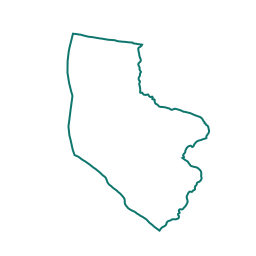 the district of Al Masilah, Al Mahrah, Yemen, rotated 203°
{"feature_id": "15242507B86858383588753", "entity_name": "Al Masilah", "entity_type": "district", "adm_level": 2, "iso_a3": "YEM", "parent_name": "Yemen", "parent_adm1": "Al Mahrah", "projection": "mercator", "projection_center": [50.513, 15.552], "detail": "fine", "context": "isolated", "style": "outline", "palette": "teal", "viewbox_px": 256, "rotation_deg": 203, "n_neighbors": 0, "source": "geoboundaries", "source_scale": "gbopen_adm2", "svg_char_len": 5676}
<svg xmlns="http://www.w3.org/2000/svg" viewBox="0 0 256 256"><g transform="rotate(203 128 128)"><path d="M51.9,149.4L52.3,150.2L52.6,151.0L52.6,151.9L52.3,152.8L51.9,154.4L51.9,155.3L52.0,156.3L52.3,157.0L52.8,157.8L53.8,159.3L54.3,160.0L54.9,160.6L55.5,161.1L56.3,161.3L57.2,161.4L57.8,161.9L58.5,162.4L59.3,162.3L59.7,163.1L60.5,163.5L61.2,163.9L61.9,164.4L62.6,165.0L63.3,165.5L64.1,165.8L64.9,166.1L65.8,166.2L66.6,166.3L67.4,166.1L68.3,166.1L71.7,165.9L72.6,165.9L73.5,166.0L76.0,166.0L76.9,166.0L77.8,165.8L79.5,165.5L80.3,165.4L81.1,165.2L82.0,165.1L82.8,164.8L83.7,164.7L85.3,164.8L87.1,164.8L88.0,164.7L89.8,164.5L90.6,164.4L91.5,164.2L92.4,164.0L93.1,163.5L94.3,162.2L95.1,161.8L96.0,161.7L96.8,162.0L97.6,162.1L98.5,162.0L99.3,161.8L100.2,161.7L101.1,161.7L101.9,161.5L103.6,161.1L105.2,160.6L106.1,160.2L106.9,160.0L107.7,160.0L110.1,161.0L111.0,161.1L111.9,161.1L112.7,161.5L113.2,162.1L113.7,162.7L114.2,163.6L114.5,164.4L115.3,164.6L116.1,164.1L117.0,164.2L117.1,165.0L117.2,165.9L118.0,166.3L118.7,165.8L119.4,165.3L120.4,165.3L121.1,165.6L121.9,166.2L122.5,166.7L123.3,166.3L124.0,165.7L124.8,165.3L125.6,165.1L126.5,164.9L127.4,165.2L128.0,165.6L128.8,166.0L129.5,165.6L130.3,165.3L131.0,165.8L131.1,166.7L131.5,167.5L132.6,169.8L133.1,170.5L133.7,171.2L134.2,171.9L134.7,172.6L135.0,173.4L135.1,174.2L135.0,175.0L135.5,175.9L136.3,176.1L137.0,176.7L137.4,177.4L137.7,178.3L137.7,179.2L137.6,180.1L137.5,180.9L138.1,182.6L138.2,183.4L137.9,184.2L138.2,185.0L139.0,185.4L139.7,185.9L140.4,186.6L140.6,187.5L141.0,188.2L142.3,189.4L142.9,190.0L143.5,190.7L143.5,191.6L143.3,192.4L142.9,193.1L142.5,194.0L142.6,194.9L142.8,195.7L143.4,196.4L144.6,197.6L145.7,198.9L146.2,199.7L146.6,200.5L147.1,201.1L148.6,203.3L149.1,204.0L149.5,204.9L149.4,205.0L149.5,205.2L149.6,205.8L149.2,206.7L148.7,207.2L148.2,208.0L147.8,208.8L147.6,209.7L147.6,210.2L152.0,209.0L153.6,208.7L154.9,208.3L155.5,208.2L155.9,208.1L156.3,208.0L156.8,208.2L157.1,208.4L157.4,208.2L157.6,208.2L158.1,208.1L161.0,207.1L164.5,206.1L167.6,205.0L168.4,204.8L169.1,204.6L170.9,204.0L172.5,203.7L173.1,203.8L174.6,203.6L174.8,203.5L175.5,203.3L176.3,203.0L177.3,202.7L179.2,202.0L179.9,201.8L180.5,201.5L181.1,201.5L183.4,200.8L184.4,200.7L185.6,200.3L186.5,200.2L188.4,199.6L197.2,197.5L198.7,196.9L199.3,196.8L200.3,196.6L200.6,196.5L201.8,196.3L202.3,196.2L203.4,196.0L204.6,195.9L205.8,195.6L206.8,195.6L208.5,195.3L209.6,194.9L210.1,194.7L210.4,194.7L210.5,194.7L210.8,194.6L211.1,194.6L211.6,194.4L212.0,194.4L213.4,193.9L214.9,193.5L215.5,193.3L213.2,178.8L212.4,175.1L209.7,165.9L205.3,155.2L199.7,146.3L194.4,139.2L192.1,136.5L191.5,135.3L188.4,123.9L185.4,113.3L183.4,106.1L179.1,98.4L175.7,93.9L170.4,86.4L166.6,82.2L165.6,82.2L165.0,82.2L162.9,82.2L162.3,82.1L161.8,82.0L161.3,81.9L160.2,81.6L158.3,81.1L157.8,81.1L156.5,80.8L154.2,80.5L153.7,80.4L153.1,80.3L152.0,80.0L150.9,79.8L150.2,79.7L149.8,79.5L149.1,79.4L148.0,79.1L147.4,78.9L146.9,78.8L145.9,78.5L145.2,78.3L144.6,78.1L144.1,78.1L143.6,77.9L143.1,77.9L142.1,77.6L141.5,77.5L141.0,77.4L140.6,77.2L139.3,76.9L138.8,76.7L137.6,76.4L136.1,75.9L135.0,75.5L134.5,75.3L133.6,74.9L132.0,74.4L131.5,74.3L130.2,74.0L129.7,73.8L129.1,73.5L128.7,73.1L128.3,72.8L127.5,72.0L127.1,71.6L126.8,71.2L126.1,70.4L125.3,69.7L124.3,69.1L123.8,68.8L122.9,68.4L120.6,67.9L120.0,67.7L119.6,67.4L119.0,67.3L117.9,66.9L117.3,66.8L116.6,66.6L115.5,66.4L114.2,66.1L113.2,65.7L111.5,65.1L110.4,64.8L109.4,64.5L108.8,64.3L107.9,63.8L107.4,63.6L106.7,63.3L106.2,63.0L105.0,62.3L104.4,62.0L103.9,61.6L103.4,61.1L103.0,60.6L102.4,59.4L102.0,58.4L101.8,58.0L101.5,57.5L101.1,57.0L100.7,56.6L99.8,56.0L98.9,55.4L98.3,55.2L97.4,54.7L96.9,54.4L95.6,54.0L94.2,53.8L93.4,53.7L92.9,53.6L91.7,53.6L89.3,53.5L87.7,53.2L86.5,52.8L85.9,52.7L85.5,52.6L84.2,52.5L83.7,52.4L81.9,52.0L81.2,52.0L80.7,52.0L80.2,51.9L79.1,51.8L77.9,51.5L76.6,51.3L76.0,51.2L75.0,50.9L74.5,50.7L72.8,49.9L72.2,49.6L71.7,49.4L71.0,49.1L68.5,48.5L68.0,48.3L67.5,48.2L67.0,48.0L66.4,47.8L65.5,47.4L64.9,47.3L64.3,47.1L63.7,47.0L63.2,46.9L61.6,46.5L61.1,46.4L60.0,46.1L59.5,45.9L59.0,45.8L58.9,45.8L58.8,46.1L58.7,47.0L58.5,47.9L57.9,49.6L57.4,50.3L56.2,51.8L55.7,52.5L55.3,53.2L55.2,54.1L55.2,54.9L55.4,56.0L55.3,56.8L54.8,57.7L54.1,58.4L53.5,59.0L52.8,59.5L52.3,60.2L51.8,61.0L51.1,61.5L49.4,62.2L48.6,62.5L47.8,63.0L47.2,63.6L46.6,64.2L46.2,64.9L46.3,65.8L46.6,66.6L47.2,67.2L48.0,67.6L48.3,68.5L47.8,69.3L47.3,70.1L47.9,70.7L48.6,71.2L49.0,72.0L48.9,72.8L48.3,73.6L47.4,73.8L46.7,74.0L46.0,74.5L45.7,75.3L45.5,76.1L45.1,77.1L44.8,77.9L44.5,79.0L44.4,79.8L44.2,80.8L44.2,81.6L44.2,82.6L44.3,83.5L44.7,84.2L45.3,85.0L45.8,85.6L46.8,87.0L47.2,87.8L47.2,88.7L47.2,89.6L47.1,91.4L46.9,92.3L46.7,93.1L46.1,93.7L45.3,93.9L44.5,94.0L43.9,94.6L43.8,95.4L43.4,96.2L42.7,96.9L42.4,97.7L42.7,98.5L43.2,99.3L43.4,100.1L43.3,101.0L42.8,101.7L42.7,102.6L43.0,104.5L42.6,105.2L41.9,105.9L41.3,106.5L40.6,108.1L40.5,108.9L40.5,109.8L40.6,110.6L41.1,111.3L41.7,112.0L42.1,112.8L42.3,113.6L42.9,115.1L43.4,115.9L44.0,116.5L44.8,117.2L45.5,117.5L46.3,117.8L48.0,118.4L48.8,118.5L49.7,118.5L51.3,118.2L53.1,117.9L54.0,117.8L54.9,117.7L55.7,117.8L56.5,118.3L57.9,119.2L58.8,119.6L59.5,120.2L60.3,120.6L61.2,120.6L62.0,120.8L62.9,120.9L65.4,121.5L66.2,121.7L65.7,122.4L65.1,123.0L65.7,123.7L66.5,124.2L66.6,125.2L66.5,126.0L66.1,126.8L65.9,127.9L66.1,128.8L66.3,129.6L66.3,130.5L66.3,131.4L66.1,132.2L65.9,133.2L65.7,134.0L64.6,135.3L64.0,135.9L63.1,136.2L62.3,136.0L61.5,135.6L60.9,136.1L60.6,136.9L60.6,138.6L60.4,139.5L59.9,141.3L59.6,142.1L59.1,142.8L58.5,143.5L57.9,144.1L56.5,145.2L55.2,146.3L54.6,147.0L53.9,147.6L53.1,148.2L52.5,148.7L51.9,149.4Z" fill="none" stroke="#0f766e" stroke-width="2"/></g></svg>